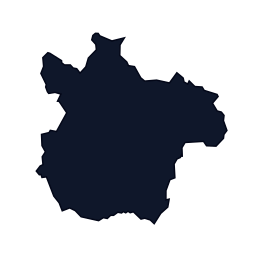 Radovish, Radoviš, North Macedonia (Equal Earth projection), rotated 171°
{"feature_id": "65306769B69057078753294", "entity_name": "Radovish", "entity_type": "district", "adm_level": 2, "iso_a3": "MKD", "parent_name": "North Macedonia", "parent_adm1": "Radoviš", "projection": "equal_earth", "projection_center": [22.502, 41.651], "detail": "fine", "context": "isolated", "style": "filled", "palette": "ink", "viewbox_px": 256, "rotation_deg": 171, "n_neighbors": 0, "source": "geoboundaries", "source_scale": "gbopen_adm2", "svg_char_len": 1452}
<svg xmlns="http://www.w3.org/2000/svg" viewBox="0 0 256 256"><g transform="rotate(171 128 128)"><path d="M211.9,72.3L207.7,64.9L205.9,56.5L198.1,58.2L193.0,54.6L188.2,47.7L171.5,41.1L166.4,43.3L162.6,41.9L158.8,44.5L155.9,44.0L151.3,46.4L147.6,45.1L145.8,46.2L143.5,44.6L141.0,45.8L139.1,44.0L135.8,44.4L129.4,36.0L125.6,36.3L120.4,33.7L117.1,29.4L109.0,38.6L101.1,43.7L98.5,51.3L101.8,51.1L100.3,60.3L94.7,70.4L89.5,71.5L88.1,85.2L84.4,89.8L81.0,90.7L79.6,92.9L78.9,91.1L77.8,100.1L73.9,104.8L55.5,103.0L53.2,98.2L43.9,96.3L35.3,102.9L34.3,106.6L30.7,110.1L32.6,120.3L31.2,125.4L33.3,129.1L37.3,130.9L40.7,139.3L34.1,145.0L34.8,147.2L46.9,153.2L48.4,156.9L55.5,158.5L60.2,164.9L62.1,162.1L65.5,164.7L65.7,168.7L71.1,174.9L80.0,166.0L92.3,170.8L104.2,171.7L107.6,175.6L112.0,187.6L117.8,189.5L118.9,193.5L124.8,200.9L122.9,211.3L117.5,217.6L130.3,216.5L141.4,223.4L142.7,226.1L145.4,226.6L148.2,224.9L150.0,220.7L146.7,215.6L147.0,210.2L156.2,203.3L160.1,195.0L166.8,189.7L169.4,194.6L172.8,195.8L175.1,199.3L180.9,200.2L183.3,202.8L183.1,204.9L193.5,214.0L195.4,214.9L201.1,210.8L201.7,202.0L205.5,195.5L201.9,183.7L202.9,181.4L201.9,176.4L200.9,174.6L194.5,174.6L188.9,172.0L193.4,165.5L191.9,165.1L186.1,152.6L199.2,135.7L205.1,137.8L206.7,135.8L214.4,135.2L215.7,124.0L213.3,117.4L217.2,113.0L217.7,105.1L220.7,104.2L225.3,99.8L222.9,95.7L221.2,95.7L220.7,92.6L216.2,92.5L211.9,72.3Z" fill="#0f172a" stroke="#020617" stroke-width="1.5"/></g></svg>